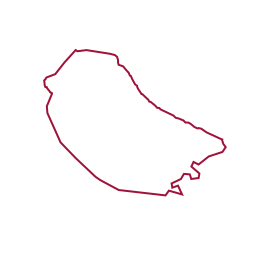 Santa Ana Yareni, Oaxaca, Mexico, rotated 26°
{"feature_id": "50627088B20672774458803", "entity_name": "Santa Ana Yareni", "entity_type": "district", "adm_level": 2, "iso_a3": "MEX", "parent_name": "Mexico", "parent_adm1": "Oaxaca", "projection": "albers", "projection_center": [-96.62, 17.397], "detail": "fine", "context": "isolated", "style": "outline", "palette": "rose", "viewbox_px": 256, "rotation_deg": 26, "n_neighbors": 0, "source": "geoboundaries", "source_scale": "gbopen_adm2", "svg_char_len": 1186}
<svg xmlns="http://www.w3.org/2000/svg" viewBox="0 0 256 256"><g transform="rotate(26 128 128)"><path d="M79.6,69.1L56.5,76.2L48.9,81.2L46.8,80.9L42.2,96.8L39.0,111.5L32.7,118.2L32.3,119.4L32.5,120.3L31.8,122.0L33.5,124.6L34.4,126.1L35.8,127.4L37.1,126.9L38.0,127.8L40.8,129.0L41.8,129.7L42.5,129.7L42.7,130.0L43.4,130.2L44.3,130.0L44.7,130.7L45.5,144.0L49.0,149.9L73.7,170.5L94.2,178.0L120.2,186.1L126.1,187.0L146.9,187.8L191.3,172.1L192.2,166.4L205.7,164.0L198.2,157.9L194.0,162.2L191.5,158.7L197.9,150.7L198.4,144.7L203.9,142.6L207.2,146.1L213.4,142.0L212.1,137.6L201.9,134.9L201.8,129.8L207.4,129.9L213.1,118.1L223.4,108.1L224.2,102.4L220.6,100.5L217.7,97.4L217.7,97.0L214.9,97.2L200.7,97.5L197.2,97.0L194.3,96.5L191.5,97.1L190.8,97.9L187.4,98.0L182.8,96.9L180.2,96.6L177.1,97.9L174.5,96.9L169.7,97.2L166.2,97.9L163.5,96.9L151.2,97.0L149.1,97.0L147.3,96.3L145.5,97.1L142.5,95.9L136.9,94.6L135.6,95.0L133.7,93.6L132.0,93.2L126.1,91.3L125.3,91.6L119.8,88.3L118.5,87.3L117.7,86.1L115.3,85.7L110.1,82.0L107.8,80.0L106.6,80.0L104.5,78.1L101.2,76.8L96.5,74.7L91.9,75.3L90.3,73.5L89.3,71.3L86.9,68.8L84.2,68.2L82.2,68.6L79.6,69.1Z" fill="none" stroke="#9f1239" stroke-width="2"/></g></svg>